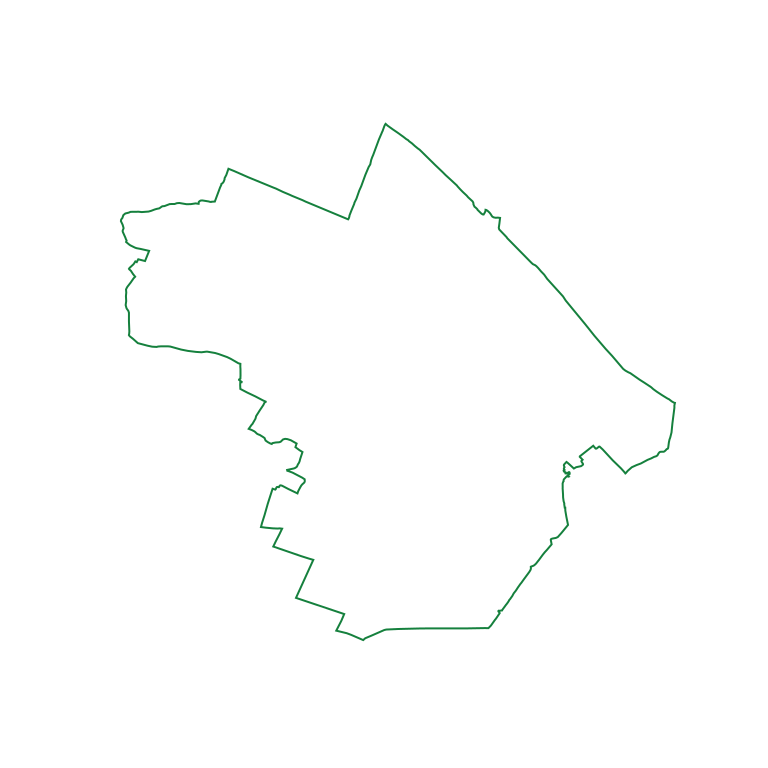 outline of Balacita, Mehedinti, Romania, rotated 12°
{"feature_id": "2599482B9762255986035", "entity_name": "Balacita", "entity_type": "district", "adm_level": 2, "iso_a3": "ROU", "parent_name": "Romania", "parent_adm1": "Mehedinti", "projection": "natural_earth1", "projection_center": [23.124, 44.377], "detail": "fine", "context": "isolated", "style": "outline", "palette": "green", "viewbox_px": 768, "rotation_deg": 12, "n_neighbors": 0, "source": "geoboundaries", "source_scale": "gbopen_adm2", "svg_char_len": 6115}
<svg xmlns="http://www.w3.org/2000/svg" viewBox="0 0 768 768"><g transform="rotate(12 384 384)"><path d="M536.9,601.1L538.8,598.1L541.6,591.6L542.3,590.3L544.8,584.1L544.5,583.6L543.2,582.7L543.1,582.2L543.3,581.9L544.2,581.8L546.6,580.9L546.6,580.5L549.0,575.2L549.2,574.7L549.6,574.0L550.6,571.8L551.3,569.9L551.4,569.3L552.0,568.3L553.6,564.6L554.4,561.8L555.9,558.8L557.4,554.9L559.0,551.2L559.7,549.9L561.3,546.2L565.2,537.6L565.9,535.6L566.1,534.2L565.6,532.2L567.3,531.1L568.1,530.6L569.0,529.6L570.1,528.0L571.7,524.7L571.9,524.4L574.8,518.0L576.2,515.2L577.7,512.7L581.3,506.0L579.5,501.7L579.8,500.8L581.0,500.1L584.0,498.9L585.8,497.6L588.6,492.7L593.3,483.6L590.0,476.0L587.7,470.2L587.0,467.3L586.5,467.4L585.6,465.0L585.2,463.8L585.2,463.3L584.1,461.4L582.8,457.8L582.1,454.9L580.4,448.8L580.3,448.1L579.4,444.1L579.6,442.4L579.9,441.7L579.7,441.2L579.7,440.0L581.6,436.8L582.3,436.2L583.7,436.3L584.0,436.1L583.1,435.5L582.6,435.0L584.2,433.7L584.2,432.6L583.7,431.8L583.3,431.7L582.8,432.0L582.3,432.7L580.1,433.7L579.9,433.4L579.8,432.6L578.4,432.3L577.8,431.6L577.7,431.3L578.0,430.9L578.5,430.5L578.4,430.3L577.6,429.7L577.5,429.2L577.6,428.5L577.9,427.8L577.1,426.7L576.8,426.0L576.9,425.3L578.7,422.3L579.8,422.8L582.6,424.4L587.3,427.2L589.3,425.4L593.8,423.4L595.1,422.0L595.4,421.4L595.4,421.1L595.1,420.6L593.3,418.8L593.1,418.4L593.2,417.9L594.0,416.8L590.6,414.5L590.6,414.0L601.5,400.9L604.3,403.1L604.7,403.2L605.4,402.9L607.3,400.6L607.9,400.4L611.6,402.6L623.6,411.1L633.3,417.2L636.5,419.5L638.4,421.0L638.7,421.3L638.9,421.1L640.5,418.2L643.7,413.9L647.9,410.8L651.7,408.4L657.6,403.4L660.7,401.3L663.4,399.1L665.2,398.1L666.3,397.0L666.9,394.9L667.4,393.9L667.8,393.3L668.4,392.9L669.8,392.5L671.7,392.1L672.4,391.5L673.3,390.3L674.0,389.0L675.0,388.3L675.2,387.7L675.2,386.8L674.8,381.9L674.8,380.1L674.8,379.0L675.1,376.9L675.3,371.6L674.3,362.6L673.0,346.9L672.5,344.6L672.5,342.7L672.5,342.0L671.6,342.0L669.1,341.2L665.8,339.6L664.4,339.3L658.3,337.1L652.4,334.8L648.4,333.0L646.0,331.6L638.4,328.6L633.3,326.7L622.7,322.2L620.4,321.7L617.3,320.7L614.8,319.5L601.3,309.1L593.4,303.5L579.8,293.1L568.4,283.7L544.4,264.6L540.9,261.1L521.8,247.3L517.9,243.7L514.2,241.2L510.7,238.5L508.6,237.1L507.2,236.4L504.7,235.8L503.0,234.8L474.3,215.8L473.4,214.9L464.6,208.9L463.8,207.4L463.5,202.9L463.0,197.4L460.8,197.6L458.6,198.2L456.5,198.2L455.1,197.7L454.2,196.9L453.2,195.8L451.7,194.5L449.2,193.0L447.8,192.5L447.1,192.5L447.3,193.8L446.9,195.5L446.2,197.5L445.2,197.6L443.7,197.0L439.3,194.2L438.9,193.6L437.0,192.4L435.7,191.8L434.2,189.8L433.8,188.5L433.5,187.9L432.6,186.9L427.5,183.9L425.7,182.5L421.2,179.8L417.9,177.6L414.7,175.3L414.1,174.7L406.2,170.0L400.9,166.9L396.9,164.3L388.6,159.2L370.1,147.4L368.2,146.6L364.7,144.8L361.3,142.8L358.0,141.3L356.9,140.5L354.8,139.8L352.0,138.4L345.0,135.3L339.4,133.0L333.7,130.5L331.5,129.2L331.1,130.1L330.7,131.8L330.0,137.0L329.7,138.1L329.5,139.3L328.2,145.8L325.8,162.2L325.3,164.6L324.9,167.5L324.9,172.1L323.9,174.9L322.3,183.2L320.6,195.3L319.6,199.9L318.5,208.5L317.4,212.8L317.4,214.0L316.0,221.4L315.2,226.4L315.3,227.6L315.1,229.3L314.7,230.4L269.4,221.9L266.0,221.1L255.0,219.1L252.4,218.5L245.1,217.1L237.6,215.3L235.1,214.9L208.2,210.0L193.3,206.9L187.1,205.8L186.3,212.3L185.3,215.8L185.4,216.6L185.5,217.0L185.1,219.5L184.5,220.8L183.3,222.3L183.4,222.5L183.4,223.3L182.8,225.8L180.6,240.7L177.4,241.6L177.0,241.9L176.1,242.0L174.4,241.9L168.4,242.2L166.7,242.6L166.0,243.1L165.3,243.9L165.0,244.4L165.2,246.3L162.2,246.5L157.7,248.2L153.5,249.2L146.2,249.5L143.8,250.2L141.7,251.5L137.1,252.5L132.3,255.6L130.4,256.2L129.9,256.5L127.7,258.9L125.2,260.0L123.2,261.1L120.3,263.0L117.8,264.3L111.3,266.2L108.3,266.5L100.3,268.3L98.6,269.5L95.5,271.0L94.1,272.8L93.9,273.2L93.6,275.9L93.0,277.1L92.7,278.1L92.8,279.4L95.2,282.5L96.7,285.3L96.9,286.0L96.5,288.1L96.6,288.9L97.0,289.7L100.6,294.6L101.3,295.8L102.4,297.2L102.2,298.7L105.6,300.5L107.0,301.1L112.1,302.4L113.8,302.6L117.5,302.5L126.6,302.6L124.7,313.4L117.7,313.1L116.8,316.2L115.3,315.8L114.3,318.5L113.9,319.2L111.0,323.3L110.6,324.4L111.0,324.8L112.9,325.9L115.6,328.6L118.3,330.8L117.1,332.7L115.1,337.5L112.8,342.2L112.3,343.8L112.0,345.2L112.9,348.2L113.3,351.7L114.6,356.5L114.9,360.5L116.2,363.1L116.8,363.9L118.7,365.6L119.7,367.3L121.5,375.8L124.0,385.6L124.3,387.8L124.3,389.2L125.4,390.2L129.1,392.0L134.7,395.2L144.7,395.7L149.4,395.7L151.5,395.4L153.9,395.0L155.3,394.3L158.1,393.5L164.6,392.1L167.1,391.8L178.4,392.5L185.2,392.4L193.4,391.7L198.9,390.9L203.5,389.3L204.5,389.1L212.4,388.8L216.2,389.1L225.0,390.3L228.7,391.2L237.3,394.0L239.3,394.1L239.9,397.1L240.5,399.2L241.9,405.6L242.2,407.5L242.4,408.3L242.4,408.7L241.3,409.7L241.3,410.1L245.1,411.9L243.0,411.9L243.5,414.8L244.5,418.7L252.0,420.8L260.8,422.9L269.0,425.2L272.7,426.0L271.8,426.2L271.1,426.8L270.3,429.8L268.0,435.5L265.6,442.0L265.5,444.6L263.6,450.5L263.0,451.4L261.0,456.0L264.2,456.5L267.1,457.3L268.1,457.8L270.0,459.0L271.7,459.5L272.9,459.6L276.8,461.0L278.4,461.7L279.9,463.9L282.4,465.0L285.1,465.8L286.7,466.0L287.1,465.1L287.9,464.7L290.3,463.7L293.5,462.8L294.9,462.0L296.8,459.2L298.7,458.2L301.0,458.0L304.6,458.4L308.7,459.7L310.9,460.4L310.5,464.2L315.1,466.3L318.4,467.5L317.6,474.8L317.5,477.3L317.1,479.1L316.5,480.5L316.2,482.1L316.0,482.9L315.5,483.6L314.3,484.8L313.3,485.4L307.1,488.2L307.5,489.0L308.4,489.0L313.0,489.7L323.4,492.6L326.2,493.7L326.7,495.4L326.7,496.2L326.5,497.0L324.9,499.2L324.2,500.5L323.7,502.0L322.4,506.5L322.1,509.0L312.3,506.6L305.5,504.7L304.1,504.6L303.5,504.8L303.1,505.2L302.8,506.5L302.6,506.8L301.3,506.8L300.6,507.1L300.3,507.7L299.9,509.5L299.6,509.9L296.8,509.6L295.7,520.4L295.2,525.4L294.4,537.2L293.6,545.3L293.4,549.5L298.4,549.1L305.3,548.3L310.0,547.5L312.0,546.9L314.4,546.7L312.9,552.9L310.9,560.2L309.5,566.0L338.8,569.6L347.0,570.4L351.4,570.7L342.4,611.5L392.9,617.3L391.5,624.5L388.6,635.2L399.3,635.5L404.0,636.2L416.9,638.8L418.5,636.6L423.7,633.0L435.4,624.6L437.3,623.7L448.8,620.7L471.5,615.3L516.4,605.7L533.3,601.8L536.9,601.1Z" fill="none" stroke="#15803d" stroke-width="2"/></g></svg>